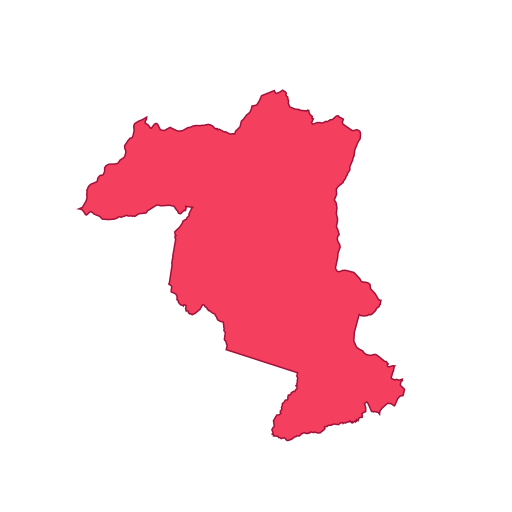 the district of Limon Indanza, Morona Santiago, Ecuador, rotated 18°
{"feature_id": "8360857B43814367991628", "entity_name": "Limon Indanza", "entity_type": "district", "adm_level": 2, "iso_a3": "ECU", "parent_name": "Ecuador", "parent_adm1": "Morona Santiago", "projection": "robinson", "projection_center": [-78.303, -3.052], "detail": "fine", "context": "isolated", "style": "filled", "palette": "rose", "viewbox_px": 512, "rotation_deg": 18, "n_neighbors": 0, "source": "geoboundaries", "source_scale": "gbopen_adm2", "svg_char_len": 6109}
<svg xmlns="http://www.w3.org/2000/svg" viewBox="0 0 512 512"><g transform="rotate(18 256 256)"><path d="M77.4,256.2L75.9,263.4L73.0,265.9L75.8,265.5L76.6,266.2L77.7,266.5L81.1,269.3L82.0,269.4L82.7,268.6L84.2,265.6L85.0,264.9L87.3,265.3L89.2,266.2L95.2,266.6L98.4,268.4L104.6,266.9L110.0,264.6L112.3,262.7L113.6,260.8L115.6,260.9L120.7,257.2L122.3,257.5L125.0,256.3L126.1,256.5L127.3,255.7L128.5,255.8L131.5,252.1L138.2,249.0L138.9,246.5L146.0,238.0L150.3,237.6L157.7,234.6L162.1,234.0L163.9,234.8L164.5,235.6L167.9,237.8L169.0,239.2L171.2,239.2L173.0,235.7L173.7,234.7L174.4,234.9L175.0,234.1L174.6,232.6L174.8,231.5L173.9,230.5L180.7,229.3L179.9,231.1L180.0,232.6L179.5,234.1L179.3,237.1L179.9,238.2L179.6,239.1L178.6,240.6L178.2,242.9L177.2,243.6L175.8,245.4L175.8,247.6L174.5,252.2L171.3,258.0L172.0,259.8L173.0,261.1L173.6,261.2L172.8,262.3L173.8,264.4L174.4,264.7L176.8,281.2L177.6,284.2L177.4,285.4L177.9,286.6L178.0,288.6L179.0,290.6L181.9,308.2L181.7,309.5L182.2,310.0L183.1,309.8L185.1,310.9L185.5,311.7L186.0,315.4L186.6,316.4L189.9,316.6L191.7,317.1L193.7,319.2L194.1,321.6L194.8,322.3L196.1,322.7L196.5,324.0L199.4,325.8L200.1,325.5L201.1,325.8L201.7,325.4L202.4,326.0L202.7,324.8L204.5,324.5L205.2,326.2L205.2,327.8L206.3,328.9L206.2,329.5L206.6,329.9L206.8,329.4L208.2,329.3L209.1,329.8L209.2,330.8L211.0,331.6L212.1,331.1L213.4,331.6L215.9,329.3L219.3,323.8L220.2,318.8L220.9,318.7L222.3,318.8L223.1,319.9L225.6,320.6L226.1,321.6L227.2,321.9L227.7,322.6L228.5,322.3L232.0,323.6L235.0,324.0L236.0,325.4L236.7,325.6L239.2,328.5L242.5,329.3L245.2,328.8L246.1,330.9L246.5,331.0L247.1,333.2L248.2,334.8L248.4,336.7L250.5,338.4L251.7,345.2L252.4,345.9L253.4,346.0L255.4,349.2L256.2,349.7L256.6,354.3L331.6,354.2L331.9,357.6L333.5,359.2L333.6,361.6L334.3,362.8L334.2,364.4L334.7,365.6L334.0,367.1L335.5,367.5L335.9,369.7L335.1,370.9L334.7,372.9L333.7,373.0L331.9,375.0L331.6,377.4L329.8,378.2L329.9,380.5L330.5,382.1L330.2,383.2L328.3,384.1L328.1,386.1L326.7,388.1L327.2,390.2L327.0,392.0L328.0,393.9L327.0,395.9L327.5,397.3L328.3,397.8L328.2,398.3L327.0,399.9L324.9,400.9L323.5,407.3L326.1,412.4L325.1,414.2L324.8,416.4L327.0,418.9L326.4,420.4L328.2,420.7L328.2,421.7L332.3,420.7L333.7,421.7L334.9,421.4L336.4,421.9L339.2,420.0L342.1,421.8L343.2,421.7L344.6,420.9L345.1,420.0L346.1,419.8L348.7,416.1L350.0,415.4L350.4,414.3L352.6,413.9L353.7,412.4L353.9,411.0L354.7,410.9L355.4,409.8L357.0,409.0L358.0,409.4L360.3,408.7L360.6,407.9L361.8,407.8L362.3,406.4L365.2,406.2L365.7,406.0L366.0,405.3L369.2,405.3L371.5,404.5L374.7,399.7L374.8,398.4L374.0,397.8L374.4,396.8L376.3,396.3L377.2,394.6L379.9,393.7L380.5,392.7L381.3,392.5L382.0,391.7L386.5,390.9L388.3,388.3L389.9,387.9L390.5,388.4L390.8,387.6L392.9,387.1L393.7,386.0L395.7,385.0L395.9,383.8L397.3,384.5L398.0,384.1L397.9,384.7L398.4,385.0L399.0,384.4L399.5,384.8L401.5,382.1L402.1,382.9L402.4,382.0L402.0,381.8L402.4,381.6L402.4,381.1L402.8,381.6L403.2,381.0L404.0,381.1L404.1,377.9L406.8,376.6L406.4,374.9L405.4,373.5L406.5,371.8L408.4,370.1L407.2,366.3L404.8,362.9L405.9,361.2L406.7,360.6L408.2,361.7L413.9,368.1L415.9,367.9L417.3,367.2L420.7,367.0L422.4,368.2L421.8,365.5L422.0,364.3L423.1,361.4L426.7,355.4L430.2,354.7L433.8,355.8L434.2,355.1L434.9,347.6L436.4,344.6L439.0,343.3L438.5,336.9L433.1,334.3L432.7,329.8L433.7,329.4L433.3,327.9L430.3,330.0L427.9,329.8L426.3,331.0L422.6,330.6L422.2,329.8L422.0,324.3L422.2,322.8L421.6,318.4L422.0,317.7L420.5,317.9L416.3,320.5L415.7,320.5L414.4,319.0L415.0,318.2L414.9,317.6L413.7,317.2L413.2,316.5L412.3,316.1L411.1,316.5L401.7,312.9L400.3,312.7L398.7,313.1L397.2,314.3L394.7,315.4L391.0,315.6L388.8,314.8L386.7,313.2L383.4,312.8L379.8,311.7L375.3,306.6L373.1,298.2L372.2,279.8L374.2,280.3L377.7,279.5L380.5,278.1L381.4,276.7L382.7,276.8L384.3,275.4L386.4,271.3L386.8,270.2L386.6,268.9L388.6,266.2L388.8,264.7L388.6,263.9L389.1,263.5L388.5,259.5L387.5,259.9L385.8,259.3L380.8,254.9L375.0,251.7L373.2,247.7L370.5,246.9L367.3,247.2L366.2,247.8L363.7,247.5L361.7,245.5L354.2,241.4L345.7,241.9L342.7,243.0L341.0,244.6L339.3,245.4L338.0,245.4L335.8,243.7L335.2,242.4L334.2,232.4L333.1,227.8L333.3,221.6L332.0,219.2L329.6,217.1L328.0,214.7L327.7,212.0L328.5,210.0L325.8,205.9L323.4,203.3L322.6,197.2L322.1,195.5L319.3,190.9L318.1,185.2L315.7,180.6L313.2,178.5L313.6,172.3L311.7,167.7L312.7,164.5L316.1,159.2L316.2,157.3L317.2,154.5L317.0,152.9L317.7,150.7L317.7,148.2L318.6,145.8L318.5,144.5L317.6,142.1L318.3,135.2L318.0,132.4L318.3,130.7L317.2,124.5L317.8,116.1L318.8,112.3L317.9,108.0L316.5,105.6L315.0,104.9L312.8,104.7L309.8,106.8L308.1,106.8L297.6,103.6L296.8,102.0L296.8,98.9L293.5,98.2L292.6,98.4L291.1,97.3L289.2,98.0L286.4,102.8L284.5,103.5L282.5,106.1L280.7,106.4L278.9,108.3L277.2,109.4L275.9,109.3L273.1,110.1L269.4,113.1L267.7,112.2L268.1,107.8L266.7,107.9L266.4,105.8L264.0,105.0L261.9,102.9L261.3,101.3L259.9,101.4L259.1,102.8L258.2,102.6L253.0,103.8L251.7,103.3L248.1,104.2L242.1,103.8L239.5,100.7L239.0,98.2L238.0,97.2L237.1,95.1L234.8,94.0L234.5,91.8L233.1,90.8L230.1,90.1L228.0,92.7L225.4,95.0L223.9,94.8L222.3,93.0L211.8,101.8L211.2,107.4L210.0,112.2L205.8,114.7L206.2,117.6L205.7,121.4L203.5,124.8L201.9,129.6L200.4,132.3L200.9,138.1L198.0,143.7L198.0,146.6L196.6,146.7L193.6,148.1L188.6,147.2L187.8,147.9L181.9,146.8L180.4,147.8L179.9,146.8L177.5,147.5L174.7,145.8L172.4,145.4L169.8,145.6L165.2,148.3L164.3,148.3L162.9,149.2L158.8,150.4L156.0,151.8L153.7,153.9L151.5,155.0L147.6,159.3L144.2,161.1L141.6,161.3L134.5,160.2L130.1,165.0L127.2,165.5L125.8,165.3L121.9,161.3L120.6,160.7L119.6,161.0L118.6,162.1L117.1,166.5L116.4,167.1L113.0,164.7L109.5,163.7L109.0,162.5L109.6,159.6L109.1,157.7L106.1,161.2L102.4,164.3L99.6,167.8L99.6,170.3L101.4,174.6L101.9,180.1L101.4,182.0L99.8,182.9L98.7,185.6L97.0,191.6L97.6,193.6L99.7,196.4L100.2,197.8L100.4,200.9L100.0,203.2L97.1,206.7L96.2,210.0L95.5,210.8L93.7,212.0L87.8,214.1L85.4,216.6L84.8,218.9L85.9,222.5L85.6,225.8L84.8,226.7L83.1,227.3L82.4,228.3L81.5,230.8L81.9,234.0L81.6,234.6L76.6,238.9L75.3,241.4L74.8,245.9L75.4,246.8L76.2,250.4L77.2,252.3L77.4,254.0L77.4,256.2Z" fill="#f43f5e" stroke="#9f1239" stroke-width="1.5"/></g></svg>